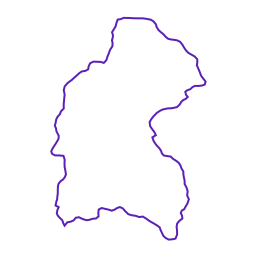 Fronteira dos Vales, Minas Gerais, Brazil (Albers equal-area conic projection), rotated 92°
{"feature_id": "56859067B67250992037415", "entity_name": "Fronteira dos Vales", "entity_type": "district", "adm_level": 2, "iso_a3": "BRA", "parent_name": "Brazil", "parent_adm1": "Minas Gerais", "projection": "albers", "projection_center": [-40.829, -16.89], "detail": "fine", "context": "isolated", "style": "outline", "palette": "violet", "viewbox_px": 256, "rotation_deg": 92, "n_neighbors": 0, "source": "geoboundaries", "source_scale": "gbopen_adm2", "svg_char_len": 2615}
<svg xmlns="http://www.w3.org/2000/svg" viewBox="0 0 256 256"><g transform="rotate(92 128 128)"><path d="M156.5,202.9L157.9,200.0L157.8,195.9L158.1,191.5L161.8,190.2L165.3,190.2L168.9,190.0L173.3,189.0L176.6,188.4L179.5,189.5L181.8,191.2L183.5,193.5L186.2,195.5L188.9,196.0L192.4,196.0L196.0,195.9L198.8,196.2L201.6,196.3L204.4,197.1L208.0,197.7L209.5,194.5L212.5,195.7L215.6,196.2L217.9,195.2L220.3,192.9L222.4,190.5L225.5,189.3L227.8,188.0L224.4,185.4L223.6,182.0L222.2,179.1L219.5,177.0L218.9,173.9L220.0,171.5L221.0,168.7L221.6,165.9L221.0,163.1L219.9,160.2L219.6,156.9L217.3,154.3L213.9,154.7L210.5,154.4L208.9,151.6L209.7,147.6L210.2,144.8L211.2,141.4L210.0,138.4L208.5,136.4L207.3,133.4L208.5,130.4L211.2,127.9L214.1,124.7L215.1,121.0L215.5,117.3L216.6,113.6L216.0,110.1L217.9,106.7L219.9,103.7L221.4,101.1L222.6,98.7L224.3,95.7L226.2,92.9L228.5,92.0L231.5,90.5L234.7,88.8L236.5,86.7L238.1,83.5L237.7,79.9L236.9,76.7L232.8,75.2L228.7,75.4L224.9,76.0L221.7,75.5L219.0,73.4L216.6,70.5L213.8,70.9L211.1,72.3L208.6,71.3L207.2,69.0L204.9,67.9L201.5,66.0L197.1,64.7L193.5,66.5L189.1,66.2L185.3,67.5L182.1,69.4L178.6,69.6L175.8,70.3L172.7,71.0L169.4,71.2L166.8,73.0L163.4,74.4L160.9,76.2L159.0,78.9L157.3,81.9L155.1,84.2L154.7,87.7L154.2,91.4L152.0,93.3L149.6,94.2L147.1,96.0L145.1,98.1L143.0,99.9L140.4,101.8L136.5,103.3L134.2,99.9L131.0,101.6L128.3,103.8L125.4,105.9L121.3,106.6L118.1,104.9L115.2,102.7L111.9,99.7L109.8,96.8L108.3,94.0L107.1,89.3L106.6,84.3L105.4,79.8L102.8,77.2L99.9,75.6L98.1,73.7L96.9,71.3L94.9,69.4L92.7,71.2L89.8,72.0L88.2,70.1L87.1,67.2L85.0,65.1L83.6,62.7L83.5,59.1L83.0,55.5L81.9,52.8L78.8,52.1L75.6,54.9L73.0,56.9L70.1,58.0L66.2,59.8L62.9,61.4L60.1,61.0L56.8,61.2L54.1,64.0L52.5,67.1L50.8,70.3L48.5,72.7L45.6,74.8L42.6,76.7L40.0,79.0L38.7,82.0L38.3,84.8L38.0,88.3L37.4,91.1L35.5,93.6L32.9,96.0L31.3,98.3L29.0,100.9L26.2,102.9L23.4,103.7L20.6,106.2L19.0,108.9L18.3,113.0L17.9,117.0L18.0,120.4L18.1,123.4L18.1,127.0L18.0,131.4L18.1,136.1L19.4,139.0L20.0,142.1L23.4,143.2L27.1,144.0L30.3,145.9L32.9,147.3L35.5,146.3L38.3,146.4L40.9,147.1L43.4,146.4L46.8,146.4L50.6,148.7L55.0,150.1L57.6,151.1L61.0,152.0L63.8,154.5L62.9,157.5L62.9,164.9L64.6,168.1L67.8,169.5L70.7,169.8L72.4,172.6L73.1,176.2L74.9,178.6L76.9,180.6L79.6,183.5L81.9,185.8L83.5,187.9L85.6,190.3L88.6,192.7L92.3,193.5L96.8,192.5L101.4,192.8L106.6,193.1L110.8,192.9L113.6,195.5L116.8,196.7L119.1,198.7L121.8,200.0L125.2,200.5L128.3,201.2L131.0,199.9L133.8,199.4L136.1,198.1L138.3,196.9L141.4,197.1L144.4,198.7L146.7,200.0L148.8,201.3L151.3,202.8L154.0,203.9L156.5,202.9Z" fill="none" stroke="#5b21b6" stroke-width="2"/></g></svg>